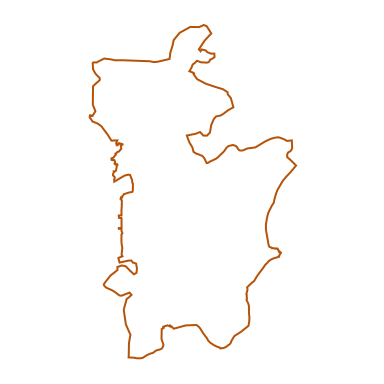 At Ta'iziyah, Ta`izz, Yemen, rotated 91°
{"feature_id": "15242507B60919761418244", "entity_name": "At Ta'iziyah", "entity_type": "district", "adm_level": 2, "iso_a3": "YEM", "parent_name": "Yemen", "parent_adm1": "Ta`izz", "projection": "mercator", "projection_center": [44.019, 13.682], "detail": "fine", "context": "isolated", "style": "outline", "palette": "amber", "viewbox_px": 384, "rotation_deg": 91, "n_neighbors": 0, "source": "geoboundaries", "source_scale": "gbopen_adm2", "svg_char_len": 6026}
<svg xmlns="http://www.w3.org/2000/svg" viewBox="0 0 384 384"><g transform="rotate(91 192 192)"><path d="M320.2,132.5L316.6,132.4L312.0,132.9L304.9,133.1L302.6,133.8L301.1,134.5L299.3,135.5L298.6,135.6L298.0,135.2L297.3,135.2L297.1,135.3L296.6,135.4L293.6,135.5L293.0,135.9L291.0,135.3L288.5,134.8L286.3,135.2L281.8,130.7L279.9,128.3L275.3,125.7L270.6,122.4L266.5,119.4L263.4,117.4L261.9,115.8L259.5,113.8L257.7,111.0L256.6,108.4L255.8,105.5L255.0,104.5L255.1,103.8L253.3,103.4L251.6,102.1L251.0,102.1L250.5,102.6L250.6,103.8L250.4,103.9L250.0,103.7L249.5,103.9L249.1,104.4L248.7,104.5L248.2,105.1L247.4,105.2L247.0,105.6L246.9,106.3L247.0,106.8L247.2,107.0L247.2,108.0L246.9,108.2L246.8,108.8L246.8,109.4L246.9,109.7L246.8,110.1L246.8,111.1L246.4,111.2L246.1,111.9L245.6,113.5L244.9,114.1L244.0,114.3L242.6,114.7L239.7,115.2L239.3,115.3L228.5,117.4L222.9,117.5L216.4,116.5L211.8,115.5L204.2,111.9L201.4,110.1L198.8,109.6L196.5,109.1L192.0,107.9L188.1,106.4L179.2,101.4L174.7,97.7L169.6,93.1L163.7,88.4L159.5,92.8L157.9,94.5L155.5,97.4L152.8,97.5L150.9,96.7L149.4,94.2L147.5,93.0L146.0,92.6L138.7,93.1L139.3,97.9L137.9,100.4L136.9,102.9L136.0,105.6L135.8,107.0L136.2,109.8L136.9,112.4L137.4,113.9L138.5,116.4L140.4,120.1L146.3,129.4L147.5,137.4L148.2,139.0L149.4,141.5L149.7,142.9L149.7,144.3L149.4,145.6L148.3,146.5L147.3,147.3L146.0,148.0L145.3,149.0L144.7,150.4L144.3,152.2L145.4,156.1L146.1,157.2L147.1,158.2L148.2,159.0L149.4,159.7L150.4,160.4L151.6,161.4L154.7,164.6L156.7,166.5L157.5,167.5L158.4,168.7L159.6,171.1L160.2,172.2L160.7,173.6L162.6,176.6L162.8,177.9L158.5,180.0L156.3,181.7L155.5,182.8L155.1,184.2L154.5,185.4L153.4,188.7L151.8,191.2L147.4,192.4L146.3,193.1L142.6,195.4L138.2,197.2L135.6,198.1L133.7,189.3L131.9,185.0L135.4,181.6L135.4,178.1L132.3,175.1L125.0,174.0L118.9,171.6L116.1,169.3L115.5,167.1L115.2,165.2L113.5,162.3L109.5,157.2L106.6,152.1L97.4,154.8L93.8,157.9L91.6,158.2L88.7,162.8L86.4,170.9L83.5,180.1L79.3,188.4L78.8,189.0L75.0,191.9L73.4,192.8L73.3,192.2L72.8,192.5L71.3,196.7L67.8,194.7L65.3,193.9L64.2,193.2L63.5,192.1L60.7,189.2L62.2,185.3L62.2,183.9L62.4,179.5L62.1,178.1L61.3,177.1L60.1,176.4L59.2,176.1L58.9,174.8L56.7,171.8L53.2,172.1L53.3,175.5L52.0,179.0L50.2,180.8L49.3,184.9L51.1,185.9L49.2,187.6L40.4,182.0L33.1,175.5L26.0,180.2L24.8,183.1L27.0,187.7L27.0,196.6L33.0,207.1L40.5,213.0L45.9,214.0L52.7,216.0L59.4,216.8L62.4,228.9L62.8,232.3L62.0,236.4L61.5,262.3L61.6,271.4L60.8,275.4L60.1,282.1L63.7,289.0L64.1,289.3L64.2,290.8L64.1,292.8L64.8,293.5L68.3,293.3L71.2,293.0L75.2,290.7L78.0,288.1L79.4,286.4L81.4,286.1L82.3,286.7L84.9,289.7L88.0,292.8L106.4,292.7L112.9,290.0L117.7,292.8L117.8,294.6L117.1,294.6L117.1,295.4L119.1,295.6L123.3,292.6L125.3,287.3L127.9,283.7L136.3,277.2L142.0,273.5L142.1,272.7L141.9,271.9L141.7,267.6L144.0,268.5L144.9,268.6L146.4,268.1L146.7,267.8L146.6,267.6L146.4,267.5L145.7,266.2L145.1,265.9L144.9,265.8L144.8,266.0L144.9,266.5L144.5,266.1L144.4,265.9L144.5,265.4L144.8,265.0L144.8,264.8L144.8,264.4L144.9,263.9L145.2,263.6L145.4,263.4L145.3,262.6L145.5,262.2L145.9,262.3L146.3,263.5L146.6,263.9L146.8,264.0L147.2,264.0L147.5,263.8L148.0,263.7L148.9,263.6L149.8,263.6L150.2,263.8L150.3,263.7L150.7,264.2L151.7,264.8L152.9,265.9L153.0,266.1L153.1,266.9L154.1,268.2L154.8,268.4L155.2,268.7L155.2,268.9L155.5,268.7L156.1,268.9L157.0,269.8L158.4,270.7L159.1,271.4L159.2,271.7L159.5,271.9L159.5,272.6L159.8,273.1L160.2,273.0L160.4,273.1L161.2,273.1L161.3,272.9L161.1,272.8L161.4,272.0L161.6,271.5L161.5,271.1L161.4,270.7L161.4,270.2L162.0,269.9L164.0,269.3L164.7,269.9L164.9,270.0L165.2,269.8L165.6,269.3L165.9,269.0L165.9,268.8L165.9,268.4L165.6,268.1L165.7,267.8L165.6,267.2L166.0,267.1L166.0,267.4L166.2,267.6L168.9,267.8L169.5,268.0L170.9,268.2L172.3,268.6L172.7,269.3L172.8,269.6L172.7,270.0L172.7,270.6L173.2,270.5L173.7,270.5L174.7,271.1L175.4,271.1L176.1,271.3L176.9,271.2L178.1,269.8L178.5,269.5L179.5,269.5L179.9,269.7L180.3,270.0L183.0,269.9L176.9,259.9L176.4,258.5L176.0,256.9L175.8,255.2L176.0,254.2L179.5,252.8L180.4,252.3L180.8,252.3L182.7,251.9L183.6,251.9L184.4,251.5L184.8,251.2L191.4,251.2L192.0,251.3L192.9,251.6L193.8,255.6L195.4,260.1L195.8,260.2L197.0,261.3L197.4,261.5L198.4,261.7L198.6,261.8L198.6,262.1L198.5,262.8L199.5,263.0L200.0,263.1L200.2,263.3L200.3,263.2L200.3,262.9L200.4,262.5L200.9,262.6L201.9,262.1L202.0,262.0L207.5,262.0L211.7,262.2L216.5,262.1L216.8,264.8L219.1,264.6L219.2,262.8L219.1,262.4L219.5,262.4L219.7,262.0L229.1,261.8L229.4,264.6L230.1,264.5L230.0,261.8L232.4,261.8L233.2,261.3L234.6,260.9L235.7,261.8L240.3,261.7L242.2,261.7L244.8,261.5L249.1,260.7L256.0,261.3L257.5,260.4L259.2,264.5L263.8,263.2L261.7,254.3L261.6,251.4L263.7,249.8L263.8,248.8L264.6,246.6L269.4,245.7L273.8,246.1L275.3,248.6L272.0,252.3L267.4,257.0L267.3,257.3L266.7,261.0L268.3,265.3L268.8,265.2L271.4,265.2L277.0,272.1L283.1,276.7L285.8,278.6L287.3,278.1L288.8,276.5L289.5,275.3L291.6,270.3L292.3,269.0L294.0,266.4L296.5,263.1L296.9,261.8L296.8,260.3L295.0,256.0L293.7,252.7L295.9,250.7L298.2,253.0L300.2,255.5L310.9,258.2L325.6,255.8L336.0,251.0L338.9,251.6L344.3,252.4L357.2,252.4L358.5,252.5L358.7,246.6L358.8,246.6L359.1,245.3L359.2,244.0L359.2,240.8L358.9,239.3L358.5,238.0L356.9,235.8L356.1,234.5L354.8,232.0L354.3,230.8L353.9,229.3L353.4,228.0L352.5,226.9L351.7,225.9L351.0,224.8L350.6,223.5L350.3,222.2L349.8,220.9L349.2,219.6L348.2,218.9L346.8,218.3L345.5,217.9L345.1,217.9L339.6,219.9L329.5,219.9L328.3,217.8L327.9,217.9L327.7,218.4L327.4,218.5L327.1,218.1L326.2,215.5L325.9,214.3L325.8,214.2L326.9,211.4L326.0,211.3L327.1,209.8L329.0,207.9L325.5,195.9L324.9,185.3L326.5,183.0L328.3,181.4L332.8,178.5L336.0,176.1L337.2,175.0L338.3,174.3L339.5,173.7L340.7,172.9L341.7,171.8L342.7,170.7L343.3,169.6L344.1,168.5L344.9,167.1L346.2,164.3L346.7,162.9L347.0,161.6L347.4,161.3L347.9,161.0L347.6,159.0L347.4,157.6L346.9,156.6L346.5,155.5L345.3,154.1L343.5,151.6L342.8,151.0L341.9,150.5L341.0,150.3L339.9,149.8L335.7,147.4L334.9,146.6L331.1,140.8L324.8,133.2L320.2,132.5Z" fill="none" stroke="#b45309" stroke-width="2"/></g></svg>